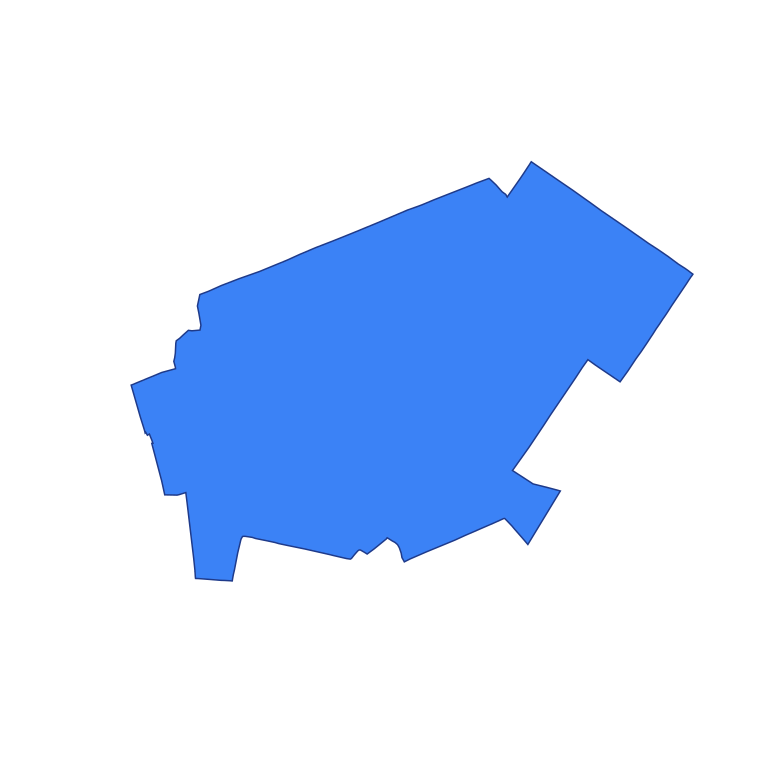 the district of Intorsura, Dolj, Romania, rotated 214°
{"feature_id": "2599482B5939349037702", "entity_name": "Intorsura", "entity_type": "district", "adm_level": 2, "iso_a3": "ROU", "parent_name": "Romania", "parent_adm1": "Dolj", "projection": "orthographic", "projection_center": [23.557, 44.11], "detail": "fine", "context": "isolated", "style": "filled", "palette": "blue", "viewbox_px": 768, "rotation_deg": 214, "n_neighbors": 0, "source": "geoboundaries", "source_scale": "gbopen_adm2", "svg_char_len": 2823}
<svg xmlns="http://www.w3.org/2000/svg" viewBox="0 0 768 768"><g transform="rotate(214 384 384)"><path d="M386.2,650.6L386.2,649.4L386.1,647.1L386.1,644.8L386.0,636.6L386.0,630.5L386.3,613.2L386.4,607.9L387.6,608.5L388.7,609.1L389.5,609.3L390.8,609.3L393.5,609.4L396.0,610.0L402.4,611.7L409.0,612.8L411.9,613.2L419.8,602.2L422.4,598.3L426.3,592.6L440.3,572.3L445.8,564.3L452.9,553.5L455.2,550.3L461.7,541.5L480.0,513.3L495.1,490.6L507.8,471.9L516.8,459.0L526.1,444.7L533.6,432.5L542.2,419.6L550.1,407.7L563.0,390.3L573.9,374.7L581.3,362.8L586.7,355.2L582.3,344.3L577.2,339.3L568.6,330.3L566.7,325.8L573.0,320.7L576.2,319.1L577.8,312.8L579.0,307.5L580.4,303.7L579.4,301.4L574.2,292.8L572.2,288.7L570.9,285.2L566.4,281.3L565.4,280.1L574.7,269.3L592.5,242.4L593.0,241.7L578.2,229.3L575.1,226.7L572.6,224.6L567.6,220.4L560.2,214.5L557.1,212.0L555.8,210.9L554.6,209.8L554.5,210.4L554.5,210.7L551.5,209.2L550.5,211.3L547.6,209.3L544.6,207.3L542.4,205.6L543.3,204.9L515.7,180.7L514.6,179.8L503.8,169.5L493.4,176.2L491.9,177.8L487.6,183.2L487.3,182.9L487.2,182.7L480.9,175.5L444.0,132.7L436.4,123.6L436.1,123.2L435.8,122.7L435.4,122.3L432.4,118.4L431.5,117.4L428.9,119.0L419.6,124.3L409.3,130.1L406.3,132.0L401.1,135.1L399.7,135.8L399.8,136.2L400.4,137.4L402.3,141.7L404.1,146.4L410.8,162.1L415.5,174.6L415.8,175.7L415.9,176.4L415.9,177.3L416.0,177.9L416.0,178.5L415.1,179.3L413.9,180.1L411.0,181.5L407.4,183.2L404.1,184.1L392.8,188.8L385.6,191.7L382.1,192.8L373.7,196.2L357.0,203.1L338.0,210.5L333.1,212.4L330.3,213.4L317.5,218.3L314.0,220.0L313.7,220.5L313.4,221.4L313.1,225.4L312.7,228.7L312.4,230.9L312.1,231.9L311.6,232.6L311.1,233.0L310.5,233.2L306.4,233.5L303.6,233.6L302.9,233.6L300.0,241.7L295.4,256.9L295.5,258.0L295.4,258.3L293.4,258.4L289.4,258.5L287.5,258.7L286.1,258.8L282.9,258.4L279.7,256.8L275.2,253.4L272.0,250.1L269.0,248.6L267.7,247.9L264.5,253.6L254.8,268.8L238.0,294.1L232.2,303.6L221.8,319.9L215.4,329.9L209.7,339.1L209.4,339.5L208.9,339.9L208.7,340.0L206.1,339.5L198.4,337.8L194.3,336.6L183.6,333.8L175.0,331.4L178.0,393.9L180.8,393.0L188.3,390.4L203.5,384.9L204.7,384.5L207.8,384.5L223.3,384.2L229.1,384.1L228.9,393.3L228.4,412.3L228.5,439.8L228.7,451.1L228.6,496.3L228.8,508.5L228.6,516.7L228.6,518.2L219.4,517.9L190.8,517.8L189.5,517.8L189.1,531.0L189.2,545.6L189.1,549.0L188.9,554.5L188.9,565.1L189.0,573.0L189.0,575.7L189.2,582.1L189.1,587.9L189.2,593.5L189.1,597.9L189.1,600.4L189.3,609.9L189.3,616.3L189.3,623.5L189.3,625.1L189.3,627.3L189.3,631.5L189.3,632.4L189.3,633.8L189.3,636.2L189.4,640.1L189.4,642.3L189.4,643.5L189.4,644.8L189.3,645.6L189.3,647.8L192.1,647.9L195.0,648.1L199.0,648.2L202.7,648.1L207.2,648.0L219.8,648.6L232.5,648.7L243.2,648.5L271.4,649.0L272.6,649.0L301.5,649.2L312.0,649.6L336.1,650.2L352.8,650.3L386.2,650.6Z" fill="#3b82f6" stroke="#1e3a8a" stroke-width="1.5"/></g></svg>